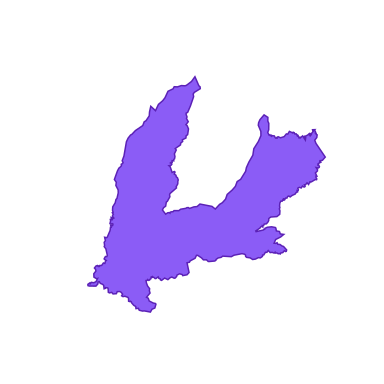 Totutla, Veracruz, Mexico (Robinson projection), rotated 329°
{"feature_id": "50627088B19738638241158", "entity_name": "Totutla", "entity_type": "district", "adm_level": 2, "iso_a3": "MEX", "parent_name": "Mexico", "parent_adm1": "Veracruz", "projection": "robinson", "projection_center": [-96.892, 19.232], "detail": "fine", "context": "isolated", "style": "filled", "palette": "violet", "viewbox_px": 384, "rotation_deg": 329, "n_neighbors": 0, "source": "geoboundaries", "source_scale": "gbopen_adm2", "svg_char_len": 6076}
<svg xmlns="http://www.w3.org/2000/svg" viewBox="0 0 384 384"><g transform="rotate(329 192 192)"><path d="M295.5,167.1L293.5,163.0L287.5,165.0L284.8,166.9L283.2,168.9L282.2,175.6L280.1,179.2L274.9,182.9L267.3,186.7L263.1,191.8L256.1,195.7L251.2,199.1L248.6,201.9L240.2,206.2L236.1,206.3L232.1,209.5L227.5,211.0L220.9,212.2L217.1,215.4L212.5,216.8L209.3,216.8L203.2,218.6L201.7,214.6L192.6,206.4L188.9,207.1L185.9,205.7L181.4,204.8L180.9,203.5L179.6,202.8L178.3,202.8L173.4,200.9L171.1,201.2L167.0,198.7L165.7,199.1L163.7,198.2L162.5,198.2L162.2,198.7L161.8,197.9L160.5,197.3L158.0,197.4L157.4,192.2L159.6,190.8L162.1,190.6L164.8,187.4L166.1,187.3L170.6,184.7L171.3,182.9L172.3,182.0L180.8,180.5L181.1,179.4L184.0,177.7L185.4,175.5L186.4,174.6L186.9,172.2L186.3,170.9L186.9,169.4L186.0,167.5L187.7,166.2L187.4,165.3L185.0,165.0L186.3,159.2L185.8,157.6L187.7,158.3L188.9,157.9L189.0,156.9L188.5,156.0L189.4,155.9L190.2,156.5L191.1,154.9L192.4,155.9L193.0,154.7L194.1,154.6L195.6,152.9L196.6,150.2L200.1,147.9L200.0,146.1L206.4,145.7L207.4,144.3L210.0,143.9L210.6,142.3L214.6,142.6L215.9,140.8L217.8,140.6L221.5,136.1L222.0,132.6L221.5,131.2L225.0,129.8L225.1,126.2L226.4,125.1L226.9,122.5L227.6,121.4L229.3,121.5L235.0,117.4L242.5,111.1L243.5,108.6L245.3,107.8L252.3,107.7L253.1,106.0L252.6,104.4L253.9,94.7L248.5,97.0L242.0,97.7L240.6,97.3L237.7,95.3L233.7,94.4L231.0,92.6L228.9,93.8L223.3,93.3L217.4,97.3L213.8,98.7L208.4,99.6L202.6,103.5L200.8,97.3L196.8,101.5L194.6,104.7L189.3,107.2L187.2,107.2L184.0,109.7L175.1,110.2L170.2,111.6L168.7,111.5L165.0,112.9L161.7,115.1L152.2,126.1L148.2,129.3L148.1,131.2L147.2,131.8L145.6,131.8L145.2,132.9L144.2,133.5L141.6,133.9L139.0,135.5L131.9,141.3L132.1,144.7L130.1,147.2L129.8,152.1L128.3,154.8L124.3,158.9L123.0,159.2L120.6,161.7L116.4,163.9L114.4,166.8L114.0,168.7L113.0,168.7L113.1,170.6L111.9,171.1L111.3,172.2L111.6,174.1L110.9,174.1L109.6,172.1L109.2,172.8L109.8,174.3L109.4,174.7L107.8,173.6L107.4,174.8L105.4,176.8L105.5,177.5L106.2,178.0L107.1,177.8L107.7,178.5L107.3,179.4L106.5,179.9L105.0,179.1L104.6,180.6L103.9,180.3L102.1,182.7L96.2,187.0L95.3,187.2L93.8,185.8L92.7,189.1L90.8,189.9L89.5,192.9L88.6,193.6L88.9,196.3L86.8,202.7L85.7,203.5L84.6,202.7L82.4,203.9L82.2,204.5L83.2,206.5L82.4,206.6L80.5,208.3L79.5,207.2L76.7,208.4L75.1,207.5L74.4,208.1L73.5,206.8L73.2,207.2L72.8,206.2L71.5,206.0L69.2,206.9L69.5,208.7L68.9,210.3L65.7,211.5L64.1,214.5L65.6,217.3L66.5,217.5L63.6,219.4L61.1,219.2L59.2,217.6L57.5,218.2L57.6,217.3L55.2,217.5L54.6,218.7L55.5,219.7L61.2,223.2L64.0,222.3L65.2,220.7L66.4,221.2L66.3,223.0L67.9,225.2L68.2,226.6L66.8,229.7L68.2,230.0L68.7,229.5L70.4,230.8L70.3,231.7L68.6,234.9L69.3,236.0L71.5,236.7L71.8,238.7L74.8,240.2L76.6,238.9L78.8,240.1L79.6,241.4L79.9,243.8L78.2,244.7L78.9,246.1L80.8,246.8L82.8,249.3L82.8,250.5L81.4,253.0L82.1,253.8L83.1,254.0L83.4,255.0L83.1,255.5L83.7,259.1L84.8,261.2L83.9,263.1L86.1,264.1L85.9,266.2L88.3,268.6L89.8,269.3L94.5,273.5L97.3,271.9L100.4,272.3L103.3,269.6L103.3,268.8L101.6,267.2L99.2,263.4L99.8,260.5L98.8,258.8L104.0,257.0L104.6,254.7L105.9,253.0L105.5,249.8L106.1,246.5L107.0,244.2L108.2,244.7L108.9,244.2L109.4,245.5L110.4,245.6L110.7,245.2L112.1,245.2L113.2,243.8L114.4,244.0L114.1,244.8L115.2,245.2L115.8,247.2L116.5,247.6L119.3,247.3L119.1,249.0L120.0,250.0L119.7,251.1L120.4,252.1L124.2,251.7L126.2,254.7L129.2,254.2L130.9,254.5L132.3,256.7L133.3,257.1L135.3,256.5L136.4,255.5L139.2,255.7L141.1,257.7L141.0,258.9L145.1,260.4L148.0,259.5L151.3,250.1L153.6,250.9L155.0,250.1L160.5,250.4L163.2,248.6L164.3,249.3L166.2,253.3L166.8,256.0L169.5,257.6L170.1,259.9L170.8,260.4L176.0,262.9L177.4,262.8L177.9,262.2L180.5,262.0L183.2,263.0L185.3,262.8L192.4,267.7L195.4,267.8L203.1,270.6L205.1,272.5L205.4,273.6L204.8,274.8L205.1,276.1L207.9,278.4L209.2,281.1L211.9,282.2L215.0,282.4L216.7,283.7L219.2,283.5L220.0,282.4L221.1,282.9L223.9,281.5L225.1,282.3L227.2,281.4L227.8,284.2L229.6,285.0L230.9,286.6L232.2,286.4L232.0,287.3L233.3,287.9L234.1,289.4L235.0,289.6L235.7,290.6L236.7,290.0L238.6,290.7L240.9,289.9L241.6,291.3L242.3,291.4L243.3,290.4L242.4,285.8L241.4,284.7L240.4,282.3L238.6,281.0L238.8,279.3L237.4,279.2L236.0,278.2L239.2,275.8L244.9,276.2L248.8,275.6L246.1,273.4L246.6,270.9L244.3,268.8L245.3,266.0L245.1,265.3L242.3,262.8L238.4,261.0L235.8,260.7L235.4,261.3L233.2,261.2L226.5,259.0L226.6,258.2L231.8,257.9L233.0,257.3L234.4,257.4L234.6,258.2L235.1,257.0L236.0,257.7L237.3,256.7L239.5,257.6L242.0,256.7L243.2,255.8L244.0,254.4L245.2,254.1L246.8,254.1L252.1,256.8L255.7,256.3L257.7,253.4L258.2,251.4L259.2,250.8L259.9,249.0L261.6,246.7L263.4,245.6L264.6,246.3L265.6,245.6L266.0,246.0L266.9,244.9L267.3,245.1L267.4,246.4L269.1,245.4L270.2,246.1L271.7,245.1L272.9,245.3L273.6,246.8L276.0,246.5L279.4,246.9L281.2,246.0L282.4,246.3L282.8,245.0L283.3,245.6L283.7,245.5L284.4,244.8L284.5,243.4L285.1,243.1L286.4,243.3L287.7,244.8L289.7,243.8L290.6,245.5L291.4,245.6L291.9,245.4L292.1,243.7L293.2,244.2L295.3,243.4L295.8,245.6L297.0,244.7L297.9,244.7L298.4,244.0L299.5,244.8L304.0,244.8L305.1,245.6L305.7,245.1L305.8,243.3L306.5,242.2L307.2,242.7L307.6,239.2L310.3,238.6L311.1,237.5L311.0,235.0L312.7,236.5L313.7,236.4L314.3,235.9L314.5,233.8L313.9,233.7L314.5,232.8L316.4,232.7L317.1,231.9L317.1,232.8L317.8,232.9L318.1,231.2L320.1,232.0L324.2,230.7L323.3,214.1L323.9,210.8L327.0,209.6L328.7,207.5L328.2,206.5L328.7,205.6L328.1,205.1L329.0,203.6L328.8,202.0L329.4,201.8L327.4,200.7L327.0,201.9L327.6,202.3L324.5,203.4L324.0,204.1L323.2,202.4L322.4,202.4L322.6,204.5L322.2,204.7L322.1,203.1L321.5,202.7L318.7,202.7L317.1,202.1L316.6,202.4L317.5,203.9L315.9,205.9L315.7,200.9L312.5,201.4L312.6,200.6L311.6,200.6L312.0,198.3L311.2,198.3L311.6,197.0L311.2,196.7L311.3,195.9L310.0,195.1L310.2,193.8L309.5,192.9L308.8,193.3L306.7,190.2L303.9,191.7L302.8,190.8L299.5,192.0L295.8,191.1L294.3,189.0L292.9,188.9L292.7,189.6L291.6,189.1L291.3,188.3L291.5,186.4L289.9,185.1L289.1,185.2L289.3,184.3L288.2,184.1L288.3,183.1L287.4,182.9L287.6,179.9L289.8,178.2L293.2,172.7L293.5,170.3L295.5,167.1Z" fill="#8b5cf6" stroke="#5b21b6" stroke-width="1.5"/></g></svg>